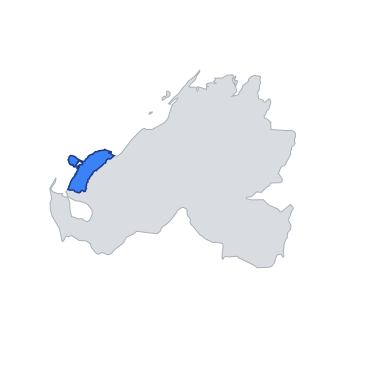 Falcón on a map of Venezuela (Albers equal-area conic projection), rotated 317°
{"feature_id": "VEN-23", "entity_name": "Falcón", "entity_type": "State", "adm_level": 1, "iso_a3": "VEN", "parent_name": "Venezuela", "parent_adm1": "", "projection": "albers", "projection_center": [-69.856, 11.252], "detail": "fine", "context": "in_parent", "style": "filled", "palette": "blue", "viewbox_px": 384, "rotation_deg": 317, "n_neighbors": 0, "source": "natural_earth", "source_scale": "10m", "svg_char_len": 8356}
<svg xmlns="http://www.w3.org/2000/svg" viewBox="0 0 384 384"><g transform="rotate(317 192 192)"><path d="M317.0,149.2L320.7,153.8L320.4,154.9L318.2,156.1L317.0,158.8L314.3,160.0L310.6,163.3L308.0,163.7L304.3,169.1L306.6,173.2L306.1,175.3L307.1,176.3L311.7,176.3L312.1,177.4L311.6,179.1L310.8,180.2L304.8,183.8L301.8,183.6L300.6,184.6L296.6,185.5L295.6,187.5L296.7,190.2L297.2,194.7L292.3,200.1L305.2,213.8L306.6,214.5L308.0,217.7L307.6,219.6L305.5,222.0L302.4,223.7L300.6,226.7L298.7,227.3L295.3,227.2L293.6,228.8L291.5,229.5L290.1,231.7L278.6,235.6L273.6,234.6L267.9,237.4L267.0,244.0L265.3,245.6L263.1,245.6L255.8,239.1L252.2,240.2L249.8,239.3L242.6,239.7L239.3,236.0L231.8,235.9L229.0,233.4L227.7,233.3L227.2,234.2L230.1,238.3L238.9,246.3L239.1,253.6L243.4,263.6L242.7,266.8L245.1,267.7L255.5,268.3L255.5,271.9L254.2,273.6L252.1,273.9L246.8,276.7L243.6,277.7L241.7,283.6L240.0,285.4L238.1,286.8L234.5,286.9L229.8,290.8L228.1,290.7L224.1,292.7L217.7,298.3L215.5,301.6L213.9,301.7L214.5,298.8L213.6,297.2L212.1,296.4L210.7,296.3L208.8,297.1L204.0,300.0L199.3,300.7L196.8,299.4L188.0,291.9L187.8,289.4L185.7,283.3L181.2,272.0L181.3,269.9L174.3,264.2L173.3,262.3L170.4,261.5L168.6,262.3L169.1,260.4L178.4,252.2L179.2,250.4L175.5,245.2L173.5,243.7L172.3,241.9L169.9,235.5L169.3,230.6L168.5,229.7L169.4,217.7L169.0,215.1L169.7,213.1L171.5,211.7L172.5,209.5L172.6,206.6L173.7,204.3L175.6,202.4L176.3,200.6L175.4,197.6L173.8,196.4L168.2,195.6L166.7,196.5L156.5,198.2L151.4,198.2L147.5,197.4L144.6,197.7L141.2,199.3L139.5,198.4L138.1,198.9L124.7,183.0L119.7,182.6L113.1,180.3L107.8,182.2L105.6,182.3L96.2,181.4L91.0,182.1L88.8,181.3L87.3,180.1L85.0,174.8L81.4,173.9L80.0,171.8L80.6,163.4L82.3,161.0L81.7,157.2L81.2,155.4L76.5,150.6L74.1,141.4L71.0,140.8L70.1,138.8L69.2,138.4L66.6,139.6L63.9,140.1L63.3,139.6L70.2,128.3L73.0,114.8L76.4,108.2L81.1,102.9L84.8,101.4L90.4,92.4L102.4,88.7L99.2,91.4L92.0,93.1L90.4,94.2L90.5,97.2L92.6,101.5L96.2,104.9L94.6,105.3L95.3,108.4L97.0,110.5L97.1,111.8L95.7,115.9L90.2,122.3L87.2,127.9L89.4,131.3L89.7,133.0L93.8,137.2L93.4,138.8L95.2,142.2L98.0,142.7L103.6,140.6L106.6,137.0L107.2,130.1L106.7,127.7L103.3,121.7L101.0,119.4L99.0,114.2L98.0,109.5L99.6,108.4L99.5,105.9L103.4,105.3L111.7,101.3L116.9,100.3L122.8,98.1L125.4,95.3L126.3,95.1L129.4,96.8L130.9,96.2L131.5,94.9L130.6,92.4L123.6,93.3L121.8,88.3L123.4,84.2L127.1,82.7L129.8,85.1L131.7,92.3L134.1,96.1L141.7,95.3L149.3,97.0L157.4,102.1L159.8,107.5L158.8,108.9L159.4,111.2L160.5,113.5L162.3,115.0L167.4,115.3L184.1,112.5L198.1,112.0L200.7,113.0L201.1,115.0L205.6,119.1L219.3,122.5L224.6,121.8L237.0,114.7L243.7,114.7L245.6,113.6L243.1,112.6L237.5,112.4L235.9,113.1L234.9,111.3L242.9,110.6L250.0,110.9L255.8,109.5L260.3,109.4L264.9,108.5L273.6,109.2L280.5,108.2L279.7,109.4L273.9,110.5L271.1,112.2L265.2,112.1L261.0,112.8L262.4,113.2L262.4,114.9L263.6,115.2L265.5,117.3L266.0,119.0L264.5,121.8L266.2,121.5L267.2,120.6L267.1,118.7L268.1,119.0L272.6,126.9L274.4,124.9L275.8,126.0L275.6,123.0L277.1,123.1L280.4,125.0L283.8,129.5L283.1,126.0L285.8,125.9L286.4,124.3L291.8,129.2L297.5,130.5L301.8,134.2L300.9,136.0L298.5,137.0L297.5,138.2L295.8,144.3L293.6,149.0L286.5,149.3L292.6,152.7L294.7,151.1L297.7,150.9L302.1,148.9L308.2,149.6L310.8,147.9L314.1,148.0L317.0,149.2ZM243.1,101.6L243.8,104.1L241.9,106.3L239.4,106.5L237.3,105.1L236.2,105.4L232.8,104.7L233.8,103.3L236.3,102.6L238.2,104.1L239.8,104.2L240.2,102.9L242.3,101.0L243.1,101.6ZM300.7,142.1L297.0,144.2L296.8,142.2L299.6,139.8L300.9,141.2L300.7,142.1ZM217.5,106.4L216.5,106.9L213.7,105.9L214.3,105.2L215.8,105.1L217.5,106.4ZM301.4,138.4L299.1,139.1L299.7,137.7L302.1,136.9L303.0,137.1L301.4,138.4Z" fill="#d9dde1" stroke="#a8b0b8" stroke-width="1"/><path d="M103.0,105.4L105.0,104.6L105.9,104.1L106.0,103.9L107.2,103.5L110.8,101.5L113.8,100.7L114.3,100.5L114.7,100.7L115.3,100.7L117.5,100.4L117.9,100.2L118.2,99.7L118.0,99.8L117.8,99.9L117.7,100.1L117.6,100.3L117.6,99.8L118.0,99.6L119.0,99.8L119.6,99.6L121.1,98.9L121.8,98.4L122.1,98.5L122.8,98.6L123.8,98.1L124.2,97.6L124.5,97.1L124.5,96.7L124.3,96.5L124.1,96.4L124.3,96.3L124.5,96.3L124.8,96.4L125.0,96.7L125.1,96.9L125.3,97.1L125.5,97.0L125.6,96.8L125.7,96.5L125.9,96.5L126.1,96.6L126.3,96.7L126.4,96.8L126.5,96.8L126.6,96.7L126.5,96.3L126.4,96.3L126.3,96.2L126.4,95.9L126.2,95.8L126.2,95.6L125.4,95.3L124.9,95.3L124.9,95.2L125.0,95.1L125.4,95.1L125.2,95.0L125.0,94.9L124.8,94.8L124.5,94.7L124.2,94.4L124.9,94.6L125.4,94.9L125.9,95.1L126.3,95.3L126.7,95.4L127.1,95.4L127.4,95.5L127.7,95.6L128.0,95.5L128.2,95.3L128.6,95.5L128.7,95.8L128.8,95.8L129.1,95.8L129.2,96.1L129.5,96.3L129.9,96.5L130.1,96.9L130.7,97.1L131.1,96.9L131.2,96.6L131.7,96.3L132.0,96.1L132.0,95.6L131.6,95.0L131.7,94.6L131.5,94.4L131.2,93.5L131.1,92.9L130.7,92.0L130.5,92.3L130.3,92.3L130.2,92.1L129.8,92.0L129.6,92.2L129.5,92.3L128.6,92.7L128.1,92.7L128.2,92.4L127.5,92.7L127.3,92.8L126.7,92.8L126.4,92.8L126.2,93.0L125.8,93.2L124.6,93.3L123.7,93.7L123.2,93.6L122.9,93.2L122.8,92.8L122.9,92.6L123.1,92.4L123.2,92.2L123.1,91.9L123.1,91.3L122.9,91.0L122.8,90.9L122.9,91.0L123.2,91.1L123.3,91.2L123.3,90.7L123.3,90.4L123.2,90.3L123.0,90.2L122.9,90.3L122.8,90.5L122.7,90.7L122.6,90.3L122.2,89.6L122.0,89.4L121.9,89.4L121.9,89.0L121.9,88.8L121.7,88.8L121.6,88.6L121.8,87.8L121.8,87.6L121.9,87.3L122.2,86.6L122.3,86.3L122.4,86.0L123.0,85.3L123.2,85.0L123.3,84.7L123.2,84.1L123.3,83.9L124.2,83.9L124.5,83.8L124.8,83.6L126.0,82.6L126.4,82.4L126.9,82.3L127.1,82.4L127.4,82.5L128.3,82.7L128.6,83.0L130.3,85.8L130.5,86.6L130.7,87.4L130.7,89.0L130.8,89.9L132.0,93.2L132.8,94.9L133.5,95.7L134.3,96.3L134.9,96.4L135.4,96.1L135.9,95.7L136.6,95.5L138.2,95.8L138.9,95.8L139.7,95.5L140.2,95.2L140.6,95.1L140.9,95.0L141.1,95.1L141.5,95.3L142.3,95.4L142.5,95.4L143.8,95.9L144.0,95.9L144.1,96.1L144.3,96.3L144.6,96.5L144.9,96.6L145.7,96.7L148.6,96.6L149.0,96.7L149.3,96.9L149.9,97.6L150.3,97.9L150.7,98.1L151.3,98.3L151.6,98.4L151.9,98.4L152.0,98.3L152.5,98.6L152.8,99.1L153.3,99.4L154.7,100.2L155.1,100.5L155.5,100.8L155.6,101.1L155.8,101.3L157.0,101.8L157.1,101.6L157.2,101.4L157.3,101.4L157.3,101.5L157.5,101.8L157.4,102.3L157.6,102.8L158.3,103.9L159.5,106.1L159.7,106.7L159.5,106.9L159.4,106.8L159.2,106.6L158.9,106.5L158.6,106.4L158.4,106.4L158.1,106.6L157.8,106.8L158.4,107.0L160.0,107.1L160.4,107.4L160.2,107.8L159.9,108.0L159.1,108.0L158.8,108.1L158.7,108.5L158.7,108.9L158.9,110.1L159.5,111.8L159.8,112.3L155.2,112.2L153.8,111.4L153.7,111.0L153.7,110.6L153.4,110.5L153.0,110.4L152.6,110.4L152.3,110.3L151.6,110.3L151.4,110.4L151.1,110.5L150.9,110.5L150.7,110.5L150.5,110.4L150.4,110.4L150.3,110.5L150.1,110.7L150.0,110.8L149.8,111.2L149.7,111.3L149.4,111.5L148.2,111.8L148.0,111.4L147.9,111.3L147.8,111.2L147.5,111.1L146.9,111.1L146.4,111.2L145.7,111.2L145.4,111.1L145.0,111.3L144.5,111.4L143.7,111.4L141.7,111.1L141.2,111.2L140.9,111.1L140.7,111.1L138.0,110.8L137.9,110.9L137.7,110.9L136.8,111.2L136.7,111.2L136.4,110.9L136.4,110.6L136.2,110.4L135.9,110.3L134.9,110.2L133.9,109.9L133.7,109.8L132.7,110.4L132.0,110.8L131.2,111.0L130.8,111.1L130.7,111.1L130.6,110.9L130.9,110.7L130.7,110.5L130.4,110.5L130.2,110.7L130.0,110.9L129.7,111.1L129.4,111.2L129.2,111.2L128.9,111.2L128.7,111.3L128.3,111.3L128.2,111.2L127.9,111.2L127.8,111.3L127.4,111.5L126.9,111.8L126.6,112.0L126.3,112.1L126.1,112.2L125.1,112.0L124.5,111.9L124.4,112.0L124.2,112.0L123.9,112.3L123.7,112.8L123.4,113.0L123.1,113.1L122.9,113.3L122.8,113.5L122.5,113.8L121.8,113.6L121.4,113.7L121.1,113.7L121.0,113.8L120.8,114.0L120.7,114.1L120.1,114.4L119.9,114.5L119.7,114.7L119.6,115.0L119.4,115.2L119.0,115.4L118.7,115.4L118.3,115.6L117.9,115.9L117.7,116.2L117.5,116.7L117.4,116.9L117.3,117.2L117.2,117.4L117.1,117.5L116.8,117.6L116.4,117.7L116.0,117.8L115.6,117.9L115.1,118.2L114.9,118.5L114.7,118.6L114.3,118.5L114.1,118.5L113.7,118.3L113.4,118.1L113.2,117.9L113.2,117.6L113.2,117.1L113.1,116.5L112.7,116.0L112.5,115.8L112.0,115.6L111.0,115.7L110.4,115.9L110.2,116.0L110.0,115.9L109.7,115.7L109.4,115.7L109.2,115.7L108.9,115.5L108.7,115.2L108.0,114.5L107.9,114.3L107.8,113.9L107.7,113.5L107.6,113.2L107.4,113.0L107.2,112.8L107.0,112.5L106.8,112.3L106.8,112.2L106.8,111.9L106.7,111.5L106.7,111.3L106.7,111.2L106.7,110.9L106.9,110.2L106.8,109.9L106.7,109.7L105.8,109.0L105.6,108.9L105.3,108.6L104.5,107.7L104.3,107.5L103.9,107.2L103.7,107.0L103.5,106.7L103.0,105.5L103.0,105.4Z" fill="#3b82f6" stroke="#1e3a8a" stroke-width="1.5"/></g></svg>